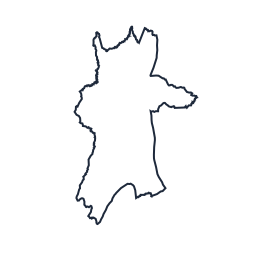 the district of Mueang Nong Bua Lam Phu, Nong Bua Lam Phu, Thailand, rotated 16°
{"feature_id": "78962969B75435650034529", "entity_name": "Mueang Nong Bua Lam Phu", "entity_type": "district", "adm_level": 2, "iso_a3": "THA", "parent_name": "Thailand", "parent_adm1": "Nong Bua Lam Phu", "projection": "equal_earth", "projection_center": [102.349, 17.151], "detail": "fine", "context": "isolated", "style": "outline", "palette": "slate", "viewbox_px": 256, "rotation_deg": 16, "n_neighbors": 0, "source": "geoboundaries", "source_scale": "gbopen_adm2", "svg_char_len": 5589}
<svg xmlns="http://www.w3.org/2000/svg" viewBox="0 0 256 256"><g transform="rotate(16 128 128)"><path d="M129.8,31.1L128.1,31.7L127.5,31.3L126.2,31.8L125.6,31.2L125.0,28.6L124.4,28.1L123.0,28.1L122.0,29.1L121.3,29.3L120.5,28.6L120.4,28.8L120.2,28.4L119.6,28.2L119.0,28.4L118.2,27.7L117.8,27.9L117.4,27.4L116.6,27.3L115.1,42.9L114.6,42.5L114.0,43.0L113.1,42.5L112.8,41.3L112.3,40.8L111.3,40.7L110.3,38.6L109.9,38.7L109.6,37.9L108.8,37.9L108.8,37.6L108.6,37.6L108.5,37.2L108.0,37.2L107.6,36.3L106.5,35.5L106.2,34.3L104.5,32.3L104.7,31.3L104.0,29.5L103.8,29.5L103.4,29.9L103.6,30.3L103.1,31.2L103.0,31.6L102.8,32.7L103.3,34.5L103.1,35.0L103.5,35.4L103.3,35.9L103.5,36.2L103.7,36.3L103.8,36.9L103.5,37.0L103.5,38.1L103.2,38.0L102.8,39.3L102.8,39.6L103.2,39.6L102.9,39.8L103.2,40.2L102.7,40.7L102.6,41.9L102.4,41.7L102.0,42.1L101.5,43.5L101.0,43.5L101.2,43.9L100.6,44.9L100.7,45.5L100.2,45.5L99.8,46.6L98.9,46.5L98.5,46.8L98.4,47.7L97.6,48.3L96.6,48.4L96.3,49.2L96.6,49.6L96.3,50.2L96.5,50.6L95.9,51.4L95.4,51.3L95.2,51.6L95.4,52.1L95.1,52.3L95.3,53.1L94.9,53.8L93.7,53.6L93.7,54.1L93.2,54.2L93.1,54.6L92.8,54.4L92.7,54.8L90.5,56.3L88.4,56.7L87.6,58.2L87.1,58.6L86.8,59.8L86.3,60.1L85.8,60.0L85.5,59.0L85.2,58.8L83.2,58.7L82.7,58.2L81.1,58.1L76.1,49.7L75.1,48.6L75.1,47.0L74.2,45.5L73.4,45.5L72.6,44.7L71.8,44.5L71.2,45.3L72.5,48.3L72.1,48.6L71.9,49.9L71.2,50.4L71.2,51.1L70.8,51.3L70.5,52.3L70.8,53.8L71.1,54.4L71.7,56.8L71.9,58.3L72.3,58.5L73.3,57.8L74.6,59.3L74.9,60.9L75.9,61.8L76.3,62.5L76.2,63.8L77.3,67.2L78.6,68.2L78.8,69.1L79.1,69.3L79.2,70.4L79.6,70.6L79.7,71.0L80.1,70.9L80.6,71.4L80.8,72.5L81.1,72.7L80.9,73.2L81.4,73.3L81.3,73.8L81.6,73.8L81.8,75.3L82.1,75.2L82.4,75.8L83.0,76.2L82.9,76.5L83.1,78.1L82.8,78.9L82.6,78.7L82.8,79.3L82.4,79.7L82.6,80.0L82.2,80.9L82.3,81.3L81.7,81.4L81.9,81.7L81.6,81.9L82.6,82.7L82.9,83.1L83.1,82.7L83.4,83.0L83.4,83.9L83.7,84.6L83.0,84.8L82.8,85.9L83.1,86.3L82.9,86.5L83.1,86.9L83.5,86.6L83.9,86.7L84.0,87.4L84.2,87.5L83.9,88.1L84.1,88.4L83.8,88.3L83.9,88.6L83.7,88.8L84.7,90.8L84.9,90.8L84.9,91.2L85.7,91.6L85.5,92.1L85.8,92.3L86.1,92.1L86.2,92.4L85.4,93.4L84.9,92.6L84.7,93.0L84.4,92.5L84.2,92.8L84.2,92.5L83.9,92.6L83.5,93.3L83.1,93.5L83.0,95.2L82.8,95.1L82.4,95.6L82.0,95.6L82.1,96.0L81.8,96.6L81.6,96.5L81.6,97.1L80.8,97.8L80.5,97.5L80.2,97.8L80.0,97.6L79.5,98.3L78.5,97.6L77.9,98.2L77.4,98.2L77.5,98.5L76.5,98.9L76.6,99.2L76.1,99.2L75.0,99.9L74.9,101.8L74.3,102.3L74.2,102.9L74.1,102.7L73.7,103.0L73.2,104.2L71.6,106.2L73.4,107.7L74.3,109.6L74.2,110.6L75.0,111.2L75.6,112.8L74.2,117.1L73.6,121.3L72.8,121.0L72.1,121.9L72.8,124.9L72.2,127.2L74.9,129.5L77.5,130.0L79.2,131.6L80.3,134.6L80.3,135.4L80.1,135.9L81.1,136.4L82.9,136.2L83.9,137.7L84.1,138.5L87.0,138.1L88.9,139.0L89.9,138.1L90.9,139.1L92.2,138.6L93.0,138.8L92.7,140.9L93.5,141.0L93.5,141.4L94.4,141.3L95.5,142.3L96.1,142.3L96.4,142.0L97.3,142.2L97.1,142.7L98.7,145.3L98.5,146.2L99.2,146.6L99.7,149.1L99.3,152.0L99.9,152.4L99.7,153.7L100.2,153.9L100.4,154.7L101.2,154.9L101.0,156.2L100.7,156.5L101.0,156.8L100.6,158.8L100.9,160.5L100.7,161.7L101.0,162.7L99.8,165.0L98.8,169.2L100.6,174.6L100.2,178.1L100.9,178.7L100.4,180.4L100.8,181.3L99.6,183.8L99.7,184.6L100.0,184.6L98.5,187.2L98.9,187.5L99.6,189.6L98.9,190.8L98.8,192.9L97.5,196.4L98.5,199.3L98.0,200.5L98.1,205.5L97.6,207.9L97.7,209.5L99.6,211.7L100.9,211.2L101.2,210.1L102.7,208.4L103.8,208.1L104.8,208.4L106.4,210.8L107.2,213.8L107.7,214.2L108.4,214.4L109.2,215.4L109.8,215.5L110.5,214.7L111.0,214.6L112.3,214.9L113.7,213.1L114.4,213.3L115.4,214.9L115.2,216.4L115.5,219.0L114.1,223.6L115.5,224.3L116.3,225.1L117.3,224.6L117.6,224.8L117.8,224.5L118.1,225.0L118.9,224.4L118.9,223.9L119.6,223.6L122.0,224.3L123.5,226.7L123.6,227.4L124.3,228.5L124.9,228.7L125.2,228.7L127.0,226.0L127.3,223.3L128.1,220.0L128.2,217.5L129.3,212.9L129.7,209.0L131.0,205.4L132.5,202.6L132.5,199.9L133.5,195.9L134.2,194.8L134.5,193.8L137.8,187.7L142.9,181.8L145.0,181.4L145.9,180.8L148.4,181.5L149.8,182.4L152.1,185.8L155.1,193.1L156.6,191.3L157.2,191.5L157.8,190.1L158.5,190.0L158.5,189.1L158.8,189.0L158.7,188.7L162.3,187.8L162.3,187.2L163.1,186.9L163.1,186.2L164.8,185.6L165.5,184.8L165.7,185.2L167.0,184.5L167.7,185.0L168.0,184.7L169.0,186.0L169.1,187.2L169.7,187.3L169.8,186.6L174.1,183.5L176.9,180.0L178.7,179.1L180.6,175.5L177.2,172.8L175.8,170.8L171.1,166.6L169.0,164.2L165.8,157.9L162.1,151.6L161.3,149.9L160.3,146.7L158.4,139.1L157.2,132.3L156.5,130.0L152.1,121.0L149.6,116.7L148.4,113.7L147.1,109.6L145.2,105.7L145.8,105.9L147.5,104.9L148.8,105.3L150.1,104.2L152.3,103.6L151.8,101.6L152.2,98.4L153.6,97.2L155.1,94.4L155.8,93.9L156.6,93.7L158.4,94.8L160.2,95.3L161.0,95.9L162.5,96.0L163.9,96.0L164.6,95.2L165.4,95.1L166.0,94.4L166.5,94.5L167.4,95.8L176.7,92.7L177.5,91.1L178.2,92.1L178.5,91.9L179.0,92.3L180.2,89.5L182.4,88.9L182.5,87.9L182.2,87.2L182.5,86.9L182.6,86.1L183.2,86.2L183.2,85.8L183.5,85.8L183.3,85.4L183.6,85.5L184.2,84.6L184.0,84.3L184.5,83.6L184.2,83.1L184.4,82.5L184.2,82.3L184.2,81.8L184.5,81.8L184.3,81.3L184.7,80.5L185.0,80.4L184.9,79.9L185.3,79.8L185.2,79.5L185.5,79.4L185.2,79.2L185.2,78.8L184.8,78.4L183.8,78.8L183.0,78.5L181.3,79.1L179.7,78.9L179.7,77.7L180.0,77.7L180.2,77.0L178.7,76.5L177.0,77.1L174.7,77.1L171.6,74.8L171.1,73.9L170.6,73.7L169.1,74.3L167.5,74.0L165.4,75.4L163.5,76.1L162.5,75.8L161.6,75.0L160.5,75.5L159.5,74.7L158.5,74.4L156.9,74.9L156.5,75.5L155.6,75.8L154.5,75.1L150.9,71.0L150.2,71.3L148.7,70.4L147.6,70.7L143.0,69.3L140.6,69.8L135.5,71.7L135.2,71.5L135.1,70.5L135.9,63.1L136.2,52.7L135.6,50.3L134.7,45.1L133.1,40.5L131.9,35.1L129.8,31.1Z" fill="none" stroke="#1e293b" stroke-width="2"/></g></svg>